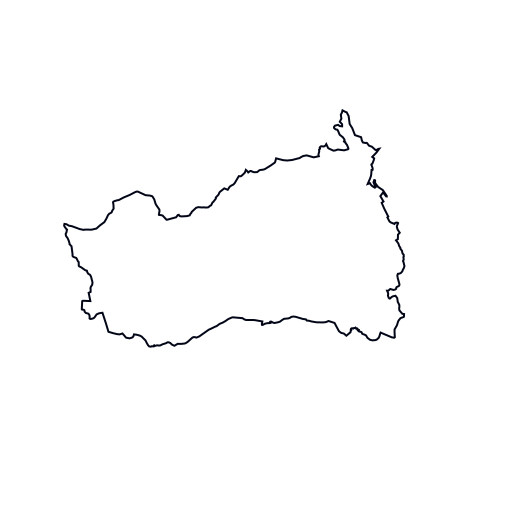 Neaua, Mures, Romania, rotated 47°
{"feature_id": "2599482B91391358994256", "entity_name": "Neaua", "entity_type": "district", "adm_level": 2, "iso_a3": "ROU", "parent_name": "Romania", "parent_adm1": "Mures", "projection": "equal_earth", "projection_center": [24.842, 46.484], "detail": "fine", "context": "isolated", "style": "outline", "palette": "ink", "viewbox_px": 512, "rotation_deg": 47, "n_neighbors": 0, "source": "geoboundaries", "source_scale": "gbopen_adm2", "svg_char_len": 6144}
<svg xmlns="http://www.w3.org/2000/svg" viewBox="0 0 512 512"><g transform="rotate(47 256 256)"><path d="M210.8,415.6L215.2,413.0L218.5,410.8L220.3,409.2L221.6,406.5L227.2,406.7L230.0,404.6L231.3,401.9L231.1,400.4L230.1,398.7L232.3,396.9L235.1,395.2L236.9,394.6L242.4,394.4L245.4,395.3L247.8,395.8L249.2,395.8L250.6,394.8L251.0,393.6L252.0,392.9L252.3,392.5L251.8,391.6L251.9,391.4L252.6,391.7L253.9,389.2L255.3,388.1L256.2,386.8L256.8,384.6L258.5,381.1L258.7,379.7L259.6,378.7L261.2,378.0L263.5,377.9L266.0,376.9L266.8,373.2L269.4,370.5L271.3,367.9L271.7,367.2L272.2,364.6L272.3,358.4L272.6,357.2L273.7,356.0L274.3,355.7L275.1,355.1L276.1,352.4L277.7,340.8L278.9,337.2L279.8,334.1L280.4,332.8L280.8,329.3L281.2,327.8L282.0,325.9L282.7,322.9L283.2,319.3L284.6,315.4L284.9,314.9L292.2,308.3L294.6,307.7L296.0,306.9L301.7,300.9L308.2,296.0L309.6,298.0L310.5,298.6L310.9,298.3L311.6,295.7L312.8,293.6L314.8,291.2L314.9,290.8L313.8,290.9L313.7,290.6L313.9,290.1L314.4,289.6L316.5,288.9L317.5,288.3L319.1,285.8L320.3,283.5L320.7,280.1L321.1,278.3L323.7,274.9L324.4,273.3L324.6,271.7L325.8,269.9L327.5,268.5L334.1,264.6L336.4,262.7L337.8,262.9L339.5,261.4L341.8,260.0L345.6,257.1L350.2,252.4L352.0,250.0L353.0,247.3L358.5,244.2L367.5,246.6L370.2,246.2L372.7,244.6L375.9,244.3L376.2,239.0L376.0,238.5L375.4,238.0L375.2,237.0L374.4,236.8L374.0,236.1L374.3,235.0L375.2,234.7L375.4,234.3L375.3,233.8L376.1,232.9L376.2,232.2L377.1,232.4L377.6,232.2L378.0,231.9L377.9,231.5L378.5,231.4L378.9,231.7L379.1,232.1L379.6,232.2L379.9,232.0L379.9,231.4L380.3,231.2L381.0,232.2L381.7,232.0L382.4,231.4L383.6,230.8L385.3,231.3L386.0,231.1L387.2,230.4L389.1,229.7L391.8,230.3L394.9,229.8L397.2,228.3L399.0,225.9L399.5,224.7L399.5,222.1L399.0,220.7L397.6,218.4L397.0,217.1L408.0,212.2L410.0,210.7L410.1,209.9L405.7,206.2L404.2,204.7L402.8,200.2L400.8,196.7L400.4,195.5L400.0,192.7L401.3,189.6L401.3,189.2L399.4,187.3L398.1,188.4L393.6,188.2L392.1,187.2L391.3,186.3L391.0,185.8L389.4,184.5L386.2,183.6L383.1,181.4L380.2,181.1L378.9,183.3L378.6,184.3L378.5,184.9L378.5,187.0L378.3,187.3L377.7,187.5L376.9,187.4L374.9,186.5L374.1,185.4L373.3,184.7L370.8,183.8L371.2,183.4L371.6,182.6L371.7,180.3L374.5,178.7L375.4,177.2L375.6,176.4L375.5,175.8L374.7,174.8L374.7,174.0L375.3,172.3L375.3,171.7L375.2,171.2L374.4,170.3L368.8,167.4L366.6,165.9L365.8,164.4L366.7,163.1L367.1,162.0L367.2,161.2L367.0,159.5L366.1,157.7L365.8,156.4L364.6,154.3L360.9,152.2L359.9,151.9L359.4,150.5L357.3,148.9L357.1,148.2L355.7,147.1L354.1,147.1L351.7,145.7L349.0,145.4L348.2,144.7L346.7,144.6L343.8,143.3L340.0,142.9L340.4,140.7L337.2,137.6L337.0,135.0L333.3,134.4L330.8,133.2L330.1,132.4L328.8,129.6L328.6,129.6L327.6,130.2L326.8,131.4L326.7,131.9L327.0,132.9L323.2,134.6L321.7,134.8L317.4,133.6L317.4,132.4L308.8,129.9L302.8,127.8L303.1,125.6L297.0,124.2L296.2,119.8L297.4,119.8L301.1,120.2L301.6,119.8L301.2,119.4L294.2,118.3L288.8,119.6L283.8,119.1L282.0,117.4L281.4,117.4L281.1,117.7L282.2,119.8L285.9,121.2L286.7,121.1L287.2,121.4L287.1,122.5L285.9,122.9L283.5,123.4L281.8,123.3L280.5,123.0L279.5,125.2L277.3,120.1L275.9,117.4L274.9,116.1L271.9,112.8L272.5,112.0L272.3,111.7L271.3,110.8L267.8,109.3L267.7,109.1L267.8,107.8L266.3,104.7L265.2,103.0L262.8,103.4L262.5,97.5L261.6,92.7L261.1,93.5L260.5,96.0L259.9,96.3L255.1,96.7L252.5,98.1L249.0,97.8L248.4,98.2L247.9,99.0L245.8,100.4L243.7,99.8L240.8,98.1L235.1,101.2L228.1,98.4L223.4,97.5L216.8,92.8L212.8,91.7L211.4,92.4L208.5,93.4L209.7,95.3L210.5,97.6L213.8,99.9L215.0,103.2L217.9,103.1L218.8,103.5L219.9,104.6L218.0,106.2L216.1,106.5L214.5,109.4L214.9,111.1L215.7,111.6L216.6,111.6L217.9,111.3L219.1,110.4L220.3,110.6L224.3,112.1L228.5,111.5L231.1,111.9L232.2,112.6L232.1,113.5L232.5,113.6L234.0,113.1L234.7,113.6L236.5,113.6L239.8,114.8L240.6,115.3L240.7,115.9L238.8,119.5L233.9,123.6L232.9,125.9L231.8,127.5L226.9,129.5L226.1,129.6L222.1,128.3L222.6,129.9L222.2,131.7L220.2,133.5L220.0,134.3L220.1,135.4L221.2,136.0L221.2,137.3L222.7,138.5L224.2,140.9L224.8,141.5L225.9,142.0L223.2,146.5L217.0,150.3L215.1,153.2L214.4,155.5L214.1,157.3L210.4,164.1L207.5,168.0L204.4,170.8L198.3,174.7L200.3,177.9L200.5,178.7L199.8,183.7L198.5,190.2L197.9,191.6L195.9,194.4L195.6,195.2L195.5,197.3L195.3,198.1L193.4,200.3L192.6,200.8L190.4,201.7L189.9,202.3L189.6,204.7L188.3,204.5L186.1,204.7L187.4,207.2L187.5,208.7L187.5,211.7L187.3,212.8L185.9,214.1L188.2,222.0L188.3,223.8L187.6,226.3L187.4,228.0L188.3,231.5L184.9,233.1L184.5,238.8L184.7,239.7L185.4,241.1L185.6,242.0L185.8,245.5L186.4,245.9L186.7,246.6L187.3,250.3L187.2,251.4L188.3,254.2L187.9,255.6L187.9,257.4L187.7,258.0L186.0,260.0L184.7,261.1L183.6,262.5L181.4,264.4L180.6,265.4L179.9,267.0L179.9,273.0L180.4,274.0L180.4,275.1L180.9,276.3L181.0,276.8L180.8,277.3L179.8,279.2L176.5,283.2L175.1,284.4L173.9,284.6L173.2,284.4L172.7,285.3L173.2,288.0L169.3,295.4L168.7,296.5L168.4,296.7L162.7,296.7L161.3,297.6L159.9,298.9L159.6,298.9L157.2,295.8L156.1,295.0L150.7,294.2L149.0,293.7L145.2,291.8L142.3,291.2L141.4,291.2L139.3,292.5L136.2,295.3L128.3,298.5L127.4,299.5L126.8,301.0L125.2,306.8L123.0,312.7L121.5,318.2L120.6,319.5L119.7,321.3L119.0,323.1L119.0,323.5L119.4,324.1L121.2,325.2L124.3,327.9L124.8,330.2L125.5,331.6L125.6,332.1L125.0,334.5L125.2,336.4L126.6,339.8L127.8,343.8L127.2,349.2L127.1,354.0L124.6,358.3L120.0,363.1L119.4,364.2L116.2,366.5L108.7,370.3L106.1,372.2L103.6,372.9L101.9,374.2L102.6,375.3L103.6,375.9L106.7,376.3L107.8,376.2L109.6,378.8L109.9,379.9L110.5,380.5L111.9,381.3L114.4,381.6L117.0,382.5L119.5,383.7L120.2,384.3L123.1,384.3L129.5,388.9L130.8,390.1L131.6,390.2L132.3,390.1L134.8,388.8L135.8,389.0L138.4,389.8L139.5,389.8L142.3,392.3L142.9,392.4L144.9,391.6L150.2,390.5L151.4,389.7L153.0,390.5L154.5,390.8L156.7,390.2L158.7,390.8L163.7,393.5L165.3,395.3L165.9,397.8L166.7,399.1L167.3,399.4L169.5,401.5L168.8,403.5L176.0,407.9L171.0,412.8L170.6,413.3L170.5,413.9L176.1,419.7L176.5,419.8L177.9,418.6L178.5,418.5L179.9,419.3L181.6,419.3L183.7,418.0L184.5,417.9L185.8,418.3L187.0,419.1L188.1,420.3L188.7,420.3L189.3,419.9L190.5,417.9L190.8,416.1L190.0,412.4L190.9,409.8L192.8,407.0L202.7,411.6L210.8,415.6Z" fill="none" stroke="#020617" stroke-width="2"/></g></svg>